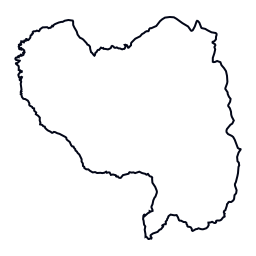 Heliconia, Antioquia, Colombia (orthographic projection)
{"feature_id": "7082276B97169896974876", "entity_name": "Heliconia", "entity_type": "district", "adm_level": 2, "iso_a3": "COL", "parent_name": "Colombia", "parent_adm1": "Antioquia", "projection": "orthographic", "projection_center": [-75.764, 6.206], "detail": "fine", "context": "isolated", "style": "outline", "palette": "ink", "viewbox_px": 256, "rotation_deg": 0, "n_neighbors": 0, "source": "geoboundaries", "source_scale": "gbopen_adm2", "svg_char_len": 5660}
<svg xmlns="http://www.w3.org/2000/svg" viewBox="0 0 256 256"><path d="M240.6,149.6L240.5,149.1L239.1,148.8L237.8,147.9L234.8,139.9L233.2,137.0L231.8,135.9L228.1,134.1L226.7,132.4L226.5,131.8L226.5,130.4L226.9,129.1L230.4,124.8L232.3,123.6L233.8,120.5L231.8,116.7L231.2,114.6L231.0,111.7L230.0,108.7L229.7,108.0L228.3,106.2L228.2,105.2L230.1,101.8L230.6,98.9L228.9,96.7L227.7,93.9L227.6,92.3L225.3,88.9L225.4,88.0L227.1,83.4L227.4,81.7L227.0,75.8L226.0,71.2L224.0,68.1L221.5,65.2L220.4,62.2L217.1,61.0L214.9,62.0L213.3,62.1L212.8,61.8L212.8,57.9L214.4,53.1L215.2,49.3L214.4,47.1L215.4,45.2L215.1,44.3L212.6,42.8L212.5,42.1L212.7,41.8L214.4,41.2L215.9,39.4L216.0,36.8L216.6,34.9L216.5,33.8L215.7,33.0L211.5,32.3L207.4,30.2L205.3,28.9L201.8,28.1L201.3,27.7L199.3,22.6L197.8,21.0L197.1,20.8L196.6,21.4L194.8,26.5L192.9,30.0L192.4,30.5L191.4,30.8L190.9,30.5L188.1,26.5L182.4,23.1L176.5,18.8L173.9,17.3L169.8,17.0L165.0,17.6L162.2,19.3L160.0,21.2L156.3,26.0L151.3,28.2L150.1,28.2L149.2,29.1L148.7,30.9L148.4,31.1L148.0,31.3L147.0,31.1L145.4,31.8L143.9,33.1L142.0,34.1L140.1,36.3L135.3,38.7L131.5,42.5L131.1,43.2L131.0,45.3L128.6,47.7L128.0,47.6L127.2,45.4L125.4,44.7L124.7,44.9L125.6,46.3L124.8,48.3L124.3,48.9L123.3,48.9L122.4,49.3L121.7,49.2L119.9,48.4L118.5,48.4L116.8,47.4L115.8,47.8L114.4,47.7L113.4,46.5L112.1,45.9L111.5,46.3L110.9,47.9L109.7,48.7L108.0,49.4L105.2,48.9L103.8,48.9L103.2,48.0L102.4,48.3L101.0,47.6L99.1,49.9L98.1,49.9L97.5,50.3L96.5,52.1L95.5,52.7L94.8,55.3L94.4,55.7L93.9,55.3L91.9,52.7L91.1,52.2L90.2,48.9L90.0,46.8L89.3,45.7L88.4,44.9L87.5,44.7L86.5,43.1L83.2,39.5L81.7,38.5L79.9,37.7L77.6,34.6L76.7,31.5L74.3,27.4L73.2,25.0L73.1,21.4L72.7,20.6L68.4,20.0L64.8,20.7L62.6,21.9L61.3,21.9L58.8,22.5L55.0,24.1L53.5,25.1L53.0,26.4L52.5,26.5L52.0,26.0L50.6,27.8L49.7,27.8L48.6,28.2L47.2,27.2L42.6,27.4L40.1,29.2L39.5,30.6L38.9,31.2L36.8,30.6L35.7,31.2L33.4,31.4L32.7,32.1L32.9,33.5L31.8,34.2L31.8,34.8L30.6,35.5L30.3,37.6L28.9,39.5L28.1,40.1L27.6,40.1L27.1,39.8L26.7,39.0L26.2,39.0L25.7,40.8L24.5,40.5L24.3,41.0L23.6,41.3L24.1,41.9L23.9,42.4L23.1,42.2L22.1,41.3L21.2,41.3L21.2,42.4L20.5,43.3L21.2,44.2L21.2,44.6L20.8,44.9L20.2,44.6L18.9,44.8L18.9,45.1L19.5,45.6L18.7,46.8L19.2,47.4L19.1,48.8L19.6,49.2L20.7,49.4L20.6,48.1L21.2,48.0L21.7,48.6L21.8,49.6L22.9,49.3L24.2,50.4L24.1,51.2L24.5,52.0L23.1,52.7L23.1,53.1L24.0,53.3L23.6,54.0L23.5,54.7L22.9,55.2L22.2,55.4L20.9,54.6L20.6,54.9L20.9,55.8L18.9,55.9L18.6,56.4L18.9,56.8L18.8,57.2L17.7,56.7L17.3,57.5L15.9,57.7L15.4,58.4L15.5,59.3L16.2,60.0L19.7,60.7L19.5,61.2L17.4,63.0L16.1,63.1L15.9,63.5L16.1,64.0L18.5,65.9L18.8,67.1L18.7,70.0L20.2,70.3L21.0,71.0L21.8,71.2L21.8,71.9L21.4,72.1L20.2,72.0L19.8,72.1L19.5,73.3L18.7,74.1L18.3,74.9L19.1,77.5L19.6,77.7L21.5,76.8L22.0,77.1L21.1,79.1L20.1,79.3L19.7,79.7L19.8,80.1L21.0,80.9L21.2,81.8L20.7,83.7L21.5,89.6L21.1,90.6L21.5,91.2L20.8,91.7L20.7,92.2L21.6,93.6L21.4,94.1L20.9,94.3L21.5,95.0L21.9,96.9L23.3,98.8L25.3,99.1L27.8,100.6L28.3,101.3L29.4,103.5L29.2,104.8L29.7,105.6L32.1,106.9L32.7,108.1L34.1,108.4L34.2,110.7L36.2,112.5L35.8,114.2L38.1,115.7L39.8,117.6L39.7,120.4L40.4,122.7L40.1,124.4L41.8,124.8L42.6,125.3L43.2,126.2L44.8,126.7L45.2,128.0L46.8,129.6L48.0,130.5L50.7,131.8L51.7,132.7L52.5,132.8L53.9,131.9L55.3,132.2L57.2,133.2L59.6,133.9L65.6,137.1L66.3,137.8L66.4,138.9L67.1,139.9L69.7,141.9L71.2,145.3L72.2,146.4L73.5,146.6L74.3,148.3L75.2,149.1L75.5,150.5L76.8,151.5L77.7,153.0L79.3,154.5L81.6,159.2L81.6,161.6L82.8,163.4L83.0,166.0L84.2,166.8L84.4,168.1L86.3,169.3L88.4,169.4L89.8,170.7L92.7,172.4L95.1,172.1L97.1,173.0L100.4,172.8L102.4,173.1L104.5,172.7L106.1,171.7L106.9,172.8L108.1,172.4L109.6,172.5L110.9,174.9L113.0,174.5L115.7,175.2L116.0,175.5L116.0,176.2L116.4,176.6L117.8,176.4L118.4,177.3L119.3,177.8L120.4,177.9L120.8,177.8L123.0,175.1L128.0,173.9L128.7,173.6L129.1,172.6L129.6,172.2L131.7,172.6L133.5,172.4L135.1,173.1L139.3,171.7L142.2,173.1L145.2,173.8L146.4,174.7L146.9,174.7L147.6,174.0L148.0,173.9L149.5,176.0L150.2,176.4L151.4,176.7L152.0,177.2L152.2,177.5L152.1,178.9L152.4,182.7L155.2,186.9L156.6,190.4L156.9,191.6L156.8,192.8L155.4,196.7L154.6,197.5L153.3,200.4L152.5,204.3L151.5,206.4L151.5,207.6L152.5,209.8L152.6,210.9L150.7,211.6L149.6,211.1L149.5,212.4L147.9,213.2L145.0,215.8L144.8,214.8L144.4,214.6L144.0,214.8L143.4,215.8L143.1,219.2L143.6,220.7L144.0,224.2L144.3,225.0L145.3,226.4L144.7,229.7L145.5,234.3L145.5,236.8L146.0,236.5L146.3,236.7L148.4,239.0L149.1,239.0L149.9,238.5L151.3,238.6L151.6,237.8L150.5,235.9L150.6,235.3L151.1,234.8L152.9,233.5L157.6,231.9L159.5,229.8L161.0,229.2L163.1,226.6L163.2,226.2L162.3,225.6L162.5,225.2L164.5,224.2L165.7,224.2L165.9,223.5L165.7,221.6L167.0,220.1L167.3,218.7L168.1,217.7L168.3,216.5L168.8,215.9L170.6,214.6L174.3,215.3L176.6,215.1L177.9,217.2L179.0,220.2L179.8,220.7L181.1,220.7L183.6,222.0L185.4,222.1L186.3,222.7L186.6,224.2L187.2,225.0L187.4,226.2L188.0,226.7L189.7,226.9L190.7,227.3L191.7,228.7L191.9,230.4L192.5,230.9L193.2,230.7L195.7,229.2L197.1,229.0L198.5,228.3L200.9,229.1L202.5,229.3L203.4,229.2L206.2,228.3L207.6,227.1L208.7,225.1L208.4,222.6L210.6,222.4L212.1,221.8L213.9,222.8L214.6,223.0L215.5,222.9L216.1,222.3L216.0,221.4L216.3,220.8L217.2,220.5L219.7,220.5L220.5,220.2L221.3,219.7L223.1,217.4L224.6,216.6L224.7,216.2L224.2,215.0L224.7,213.6L223.9,212.8L223.8,212.0L224.3,210.8L225.3,210.3L226.8,205.8L227.0,204.2L227.7,203.5L228.5,202.2L229.2,201.8L230.6,202.0L231.4,201.9L233.3,200.4L234.1,198.9L234.5,195.2L235.7,193.8L236.2,193.0L236.6,190.2L235.0,185.7L234.9,184.1L235.9,182.0L237.4,176.1L238.0,173.1L238.5,166.9L239.2,165.4L238.8,162.6L237.5,161.2L237.1,157.0L238.6,152.5L240.6,149.6Z" fill="none" stroke="#020617" stroke-width="2"/></svg>